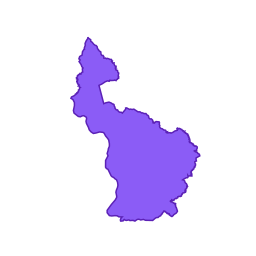 Central Gonja, Northern, Ghana (Robinson projection), rotated 65°
{"feature_id": "2480657B60919857809422", "entity_name": "Central Gonja", "entity_type": "district", "adm_level": 2, "iso_a3": "GHA", "parent_name": "Ghana", "parent_adm1": "Northern", "projection": "robinson", "projection_center": [-1.24, 8.941], "detail": "fine", "context": "isolated", "style": "filled", "palette": "violet", "viewbox_px": 256, "rotation_deg": 65, "n_neighbors": 0, "source": "geoboundaries", "source_scale": "gbopen_adm2", "svg_char_len": 5851}
<svg xmlns="http://www.w3.org/2000/svg" viewBox="0 0 256 256"><g transform="rotate(65 128 128)"><path d="M56.2,118.1L55.2,118.7L55.3,119.0L54.4,120.4L53.1,119.7L51.6,120.0L51.4,120.8L50.5,121.2L49.5,121.2L47.5,120.5L47.0,120.7L46.7,121.2L44.8,121.8L44.5,121.6L43.2,122.1L41.3,121.6L39.8,122.0L39.2,122.8L37.5,123.7L35.2,124.2L33.8,125.1L32.2,124.5L30.0,125.8L29.3,125.9L29.2,126.2L29.8,126.5L31.3,129.0L32.7,130.6L33.6,131.4L34.8,131.6L37.1,133.9L38.2,134.1L38.2,134.8L39.6,137.0L42.5,138.8L42.8,141.6L44.6,143.3L45.7,142.6L46.6,143.2L47.1,144.3L50.6,143.7L53.0,143.9L54.5,143.4L55.0,143.8L55.1,144.4L58.1,145.4L58.0,146.0L58.6,147.2L58.5,148.2L59.1,148.0L59.0,148.8L58.6,148.9L58.9,149.2L58.7,150.0L59.1,150.7L59.0,151.3L59.2,151.6L59.4,151.4L60.5,152.7L60.6,153.5L61.3,153.7L61.7,153.1L62.0,153.6L62.3,153.2L62.6,153.4L63.2,153.1L63.7,154.2L64.0,154.1L64.2,154.4L64.0,154.7L64.2,154.8L64.4,154.5L64.6,154.8L65.0,154.8L65.3,154.5L65.8,154.9L66.6,154.8L67.8,154.3L67.8,154.7L68.5,154.5L68.8,155.0L68.9,154.6L69.3,154.8L69.7,154.3L70.7,154.8L71.0,154.5L71.0,154.8L72.3,155.6L72.7,156.1L72.6,156.8L73.7,157.3L74.1,158.2L74.5,158.2L74.8,158.7L74.6,159.1L74.9,159.4L74.6,159.6L75.3,160.3L75.4,160.8L75.1,161.2L75.5,161.4L76.0,163.3L76.0,166.1L77.0,167.2L78.9,165.9L82.2,165.8L85.1,167.1L89.1,170.1L91.7,170.6L96.5,168.2L97.7,166.5L97.7,164.2L98.2,162.8L100.7,161.2L102.1,161.6L104.1,163.2L106.2,163.7L110.7,163.6L113.2,163.9L115.8,163.2L118.3,161.7L119.0,159.1L119.6,155.4L121.4,152.5L122.6,151.8L125.6,151.7L129.0,150.8L130.8,150.6L134.3,151.5L136.7,152.6L138.5,154.6L139.9,155.5L142.3,157.7L144.8,157.9L147.9,162.0L154.0,164.9L155.6,164.7L157.0,163.6L164.2,163.5L165.5,163.0L166.9,161.8L168.1,161.5L170.1,160.3L172.7,160.4L175.6,161.3L177.5,162.7L179.4,164.8L181.1,166.1L185.1,167.1L186.2,167.7L187.9,170.1L190.3,175.4L193.8,181.7L196.0,182.7L199.5,181.9L200.8,180.0L201.9,176.9L203.0,174.9L204.6,173.9L206.1,170.9L206.6,172.3L208.1,173.8L209.2,174.0L209.6,173.2L210.1,171.6L209.4,170.5L209.4,170.0L209.9,169.9L211.0,168.7L211.7,166.0L212.7,165.4L213.8,162.5L214.1,162.4L214.4,161.7L214.9,161.5L215.3,161.0L214.8,158.6L215.0,157.3L215.7,156.2L216.7,155.4L217.4,152.6L219.0,151.2L222.2,144.7L221.2,141.0L221.3,139.8L221.8,138.6L221.2,136.7L221.4,135.6L220.9,135.0L220.6,134.2L220.2,134.0L220.2,133.0L219.4,132.6L219.1,131.5L218.4,130.5L219.2,129.6L219.8,129.7L219.9,129.3L221.7,128.8L221.7,128.4L222.3,128.4L222.3,127.9L222.9,127.1L223.1,127.4L224.0,127.0L224.1,127.3L226.5,126.0L226.8,125.5L226.4,123.9L225.9,123.2L225.5,120.2L224.5,118.5L224.2,118.3L220.3,117.8L219.5,118.1L218.5,117.6L217.7,117.7L216.9,116.8L216.5,117.0L216.5,117.5L216.1,117.4L216.0,117.8L215.3,118.1L215.2,118.6L214.1,118.8L213.8,119.2L212.5,119.8L213.0,120.3L212.3,120.6L212.0,120.3L212.0,119.0L211.6,118.7L212.4,118.2L212.5,117.5L213.0,117.0L212.3,116.4L211.9,114.6L212.3,114.2L212.1,114.0L212.3,113.4L212.2,112.3L211.4,112.0L211.4,111.5L211.5,110.6L212.2,109.6L212.0,109.1L212.3,108.6L212.2,108.3L211.6,108.1L211.2,107.2L210.9,107.3L210.5,106.9L210.6,106.3L210.0,105.6L210.5,104.4L210.1,103.4L210.5,103.1L210.3,102.7L209.5,102.2L209.3,102.9L208.7,102.7L208.7,102.0L207.8,101.9L207.7,100.6L206.5,99.8L206.7,99.6L206.4,99.2L206.3,99.5L205.9,99.4L206.0,98.8L205.4,98.7L205.1,98.9L204.7,98.6L203.0,98.6L202.3,99.1L201.3,99.3L200.1,99.0L198.7,99.6L198.1,100.3L197.9,99.4L197.7,96.2L198.2,95.1L197.8,94.3L196.4,93.8L197.0,93.7L197.3,93.2L197.5,91.9L198.2,91.2L198.4,90.3L197.9,90.3L197.5,90.0L197.3,90.4L196.7,90.1L196.5,90.4L196.0,90.1L196.1,89.6L194.7,89.7L194.6,89.2L194.1,89.2L193.7,88.3L193.4,88.3L193.6,87.4L193.0,87.1L193.0,86.1L192.7,86.0L192.8,85.6L191.9,84.9L191.8,84.2L191.5,84.3L190.9,84.0L191.0,83.3L190.7,82.8L189.5,82.4L189.3,82.0L188.0,82.2L186.8,81.7L186.8,79.9L185.2,79.6L183.9,78.9L183.6,74.7L181.9,74.4L180.5,75.5L179.6,75.4L178.0,77.0L176.8,77.6L176.7,77.1L177.5,75.3L176.6,75.0L175.4,73.7L174.3,73.3L173.0,74.0L173.1,74.4L172.6,74.8L172.7,75.1L172.2,75.6L171.7,75.6L171.3,75.9L171.2,75.6L169.9,75.8L170.0,76.2L169.6,76.4L169.3,76.3L169.2,76.7L168.4,76.8L167.7,77.3L167.7,77.7L167.4,77.7L167.3,78.1L166.5,78.3L166.5,77.9L166.1,77.7L166.1,77.4L164.8,76.9L163.8,77.0L163.6,76.7L163.3,76.7L163.4,77.0L163.0,76.7L162.1,77.0L161.8,76.6L161.4,76.9L160.5,76.5L160.4,76.9L159.3,77.0L159.4,76.5L158.6,76.5L157.2,78.0L156.8,77.7L156.1,78.3L155.7,78.2L155.7,78.8L155.3,78.8L154.9,78.2L154.8,78.7L153.8,79.0L153.8,79.6L152.0,79.9L151.7,80.6L151.2,80.7L150.2,81.4L150.2,82.4L149.0,83.0L149.0,83.6L149.3,84.0L150.5,84.0L150.9,84.3L150.5,87.0L150.9,89.0L150.8,91.2L150.0,91.8L149.0,94.6L148.5,95.0L148.0,94.1L147.7,95.1L147.0,94.8L145.9,94.9L144.9,96.4L143.1,97.3L142.4,98.3L141.1,98.9L140.0,98.8L139.2,98.1L138.1,98.2L136.4,97.2L135.6,97.2L134.0,99.9L134.7,102.2L134.5,102.5L133.9,102.5L133.7,103.0L133.3,102.5L133.2,102.7L132.0,102.7L131.7,102.4L131.1,102.4L129.6,103.0L129.1,104.2L128.1,104.7L126.7,104.7L126.1,104.3L125.1,104.5L124.3,105.2L122.5,105.6L121.7,107.4L120.5,108.3L120.1,109.3L118.4,110.3L117.6,112.1L113.4,114.7L113.0,116.3L111.8,118.0L111.8,118.8L109.2,120.7L108.9,121.7L109.9,122.1L112.1,126.8L110.8,127.5L110.3,128.8L108.9,129.7L107.2,129.8L106.7,130.9L104.4,131.5L103.7,131.0L102.2,131.2L101.1,130.8L100.3,131.0L99.8,131.8L98.3,132.6L96.5,134.3L95.8,137.4L95.7,139.7L77.1,136.3L77.1,133.0L76.5,129.1L76.6,126.7L77.7,125.3L77.6,124.8L77.2,124.8L77.0,124.3L78.0,122.9L79.0,120.3L78.9,119.8L80.0,118.8L79.5,118.2L79.4,117.8L79.4,117.2L78.7,116.3L79.0,115.9L78.8,115.3L78.5,115.4L77.4,114.7L76.8,115.0L74.3,113.2L73.4,113.7L71.4,113.2L70.7,114.1L70.2,114.1L70.0,114.4L68.5,114.2L68.1,113.8L68.3,113.5L67.7,113.6L67.6,113.1L67.0,112.7L66.5,113.4L65.7,113.7L63.9,113.6L63.1,113.1L62.7,114.4L61.9,114.3L61.3,114.7L60.8,114.0L60.5,114.5L60.2,114.0L58.8,114.1L58.0,115.7L57.4,115.9L56.2,117.2L56.2,118.1Z" fill="#8b5cf6" stroke="#5b21b6" stroke-width="1.5"/></g></svg>